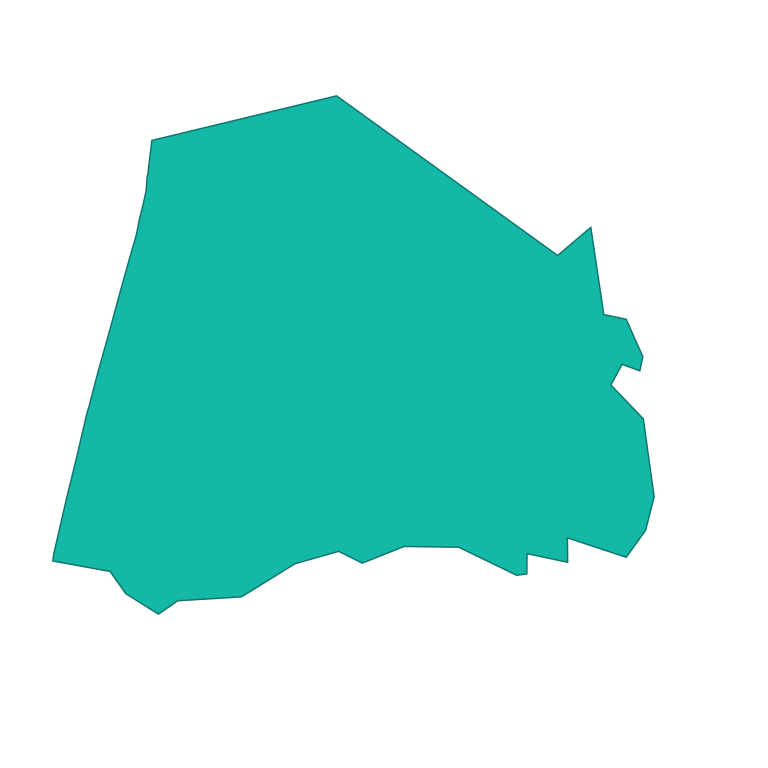 Aweil East, Northern Bahr el Ghazal, South Sudan, rotated 282°
{"feature_id": "79223893B40976740779216", "entity_name": "Aweil East", "entity_type": "district", "adm_level": 2, "iso_a3": "SSD", "parent_name": "South Sudan", "parent_adm1": "Northern Bahr el Ghazal", "projection": "albers", "projection_center": [27.574, 9.179], "detail": "fine", "context": "isolated", "style": "filled", "palette": "teal", "viewbox_px": 768, "rotation_deg": 282, "n_neighbors": 0, "source": "geoboundaries", "source_scale": "gbopen_adm2", "svg_char_len": 778}
<svg xmlns="http://www.w3.org/2000/svg" viewBox="0 0 768 768"><g transform="rotate(282 384 384)"><path d="M580.2,553.7L545.8,527.1L595.3,415.1L656.0,277.7L574.0,106.3L549.2,108.5L539.7,109.5L538.4,109.1L524.0,111.1L510.1,111.1L493.8,110.5L479.7,110.8L454.3,109.0L419.3,106.8L376.5,104.4L344.8,102.3L327.3,101.3L299.6,100.1L294.7,99.5L246.8,98.6L206.1,97.3L148.4,96.3L142.0,96.9L143.7,155.0L125.2,175.1L112.0,211.2L129.1,227.3L146.2,288.9L189.8,334.4L210.9,374.5L204.3,400.0L229.3,437.5L239.9,491.0L224.5,553.5L227.9,563.2L247.8,559.2L247.8,600.7L271.6,595.4L265.1,655.2L264.9,656.9L275.7,661.7L295.3,670.3L329.7,671.7L403.8,644.9L430.2,606.1L452.7,612.8L450.1,631.5L464.6,631.5L497.7,607.4L497.6,584.6L580.2,553.7Z" fill="#14b8a6" stroke="#0f766e" stroke-width="1.5"/></g></svg>